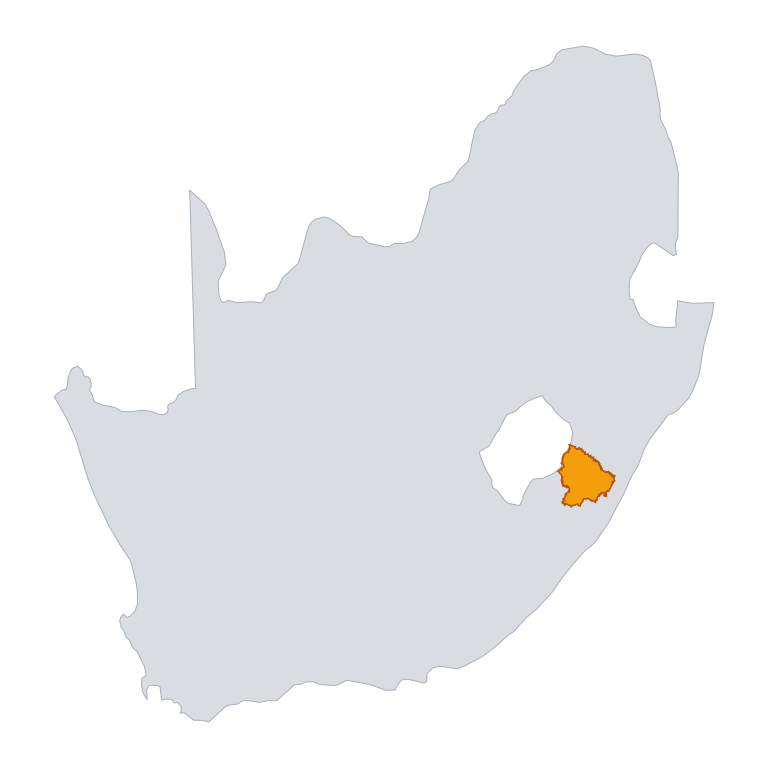 location of Sisonke, KwaZulu-Natal, South Africa
{"feature_id": "47623444B12889843225205", "entity_name": "Sisonke", "entity_type": "district", "adm_level": 2, "iso_a3": "ZAF", "parent_name": "South Africa", "parent_adm1": "KwaZulu-Natal", "projection": "equal_earth", "projection_center": [29.721, -30.084], "detail": "fine", "context": "in_parent", "style": "filled", "palette": "amber", "viewbox_px": 768, "rotation_deg": 0, "n_neighbors": 0, "source": "geoboundaries", "source_scale": "gbopen_adm2", "svg_char_len": 9519}
<svg xmlns="http://www.w3.org/2000/svg" viewBox="0 0 768 768"><path d="M561.8,49.8L583.7,46.1L593.5,48.2L605.3,54.1L616.4,56.1L635.1,54.0L641.6,55.0L646.6,57.0L650.3,60.2L655.6,83.4L660.1,108.4L660.0,116.4L660.6,119.5L665.9,130.0L667.8,136.6L670.9,141.9L677.6,168.4L678.3,173.0L677.9,236.7L675.2,244.4L676.3,254.4L673.1,255.7L654.7,242.9L651.5,243.4L646.3,248.2L641.4,255.6L639.2,262.0L629.8,279.1L629.1,289.9L629.9,299.2L633.0,299.5L635.2,306.2L640.2,316.8L648.6,323.6L656.5,326.7L667.5,327.5L676.2,327.2L675.7,320.1L677.8,300.9L692.3,303.3L713.8,302.6L712.2,315.1L704.2,343.5L699.0,375.3L692.4,391.3L688.8,397.9L678.4,409.5L672.9,413.4L668.4,414.7L650.5,438.3L643.9,449.6L637.9,466.1L632.1,475.1L623.5,494.4L608.5,522.7L595.9,541.3L590.4,546.7L586.6,549.1L576.6,559.9L562.6,577.1L552.0,592.4L536.0,609.7L526.8,617.2L513.0,632.1L509.2,634.3L493.7,648.1L482.5,656.4L464.5,666.1L457.3,668.8L440.1,666.3L432.9,667.7L427.0,673.5L426.6,681.9L424.1,683.1L408.3,679.3L401.8,679.9L398.0,684.4L395.1,690.0L386.1,690.3L369.8,684.5L350.8,680.9L346.4,680.5L337.3,684.9L334.1,685.5L320.7,684.6L313.2,681.8L306.1,681.8L300.8,684.1L294.2,684.9L276.9,700.6L267.7,700.6L259.8,702.4L245.7,700.3L241.6,701.3L237.5,704.1L228.0,705.3L224.3,707.6L208.8,721.9L202.1,720.4L193.7,720.2L183.9,712.6L180.3,713.1L181.2,710.8L181.3,706.8L177.8,702.6L174.1,702.9L171.9,699.4L166.2,699.1L161.6,700.1L160.1,686.9L157.8,685.6L152.1,685.3L149.3,685.7L148.1,687.0L146.7,690.0L147.1,699.3L145.0,696.6L142.5,691.1L141.5,685.1L142.0,678.1L146.2,675.5L144.5,666.6L137.1,651.3L132.9,648.0L129.3,640.1L126.0,637.2L124.4,631.7L121.1,627.3L119.7,620.3L121.2,616.3L123.9,614.1L126.8,617.5L130.3,616.2L135.0,611.1L137.6,603.4L137.3,591.1L136.2,583.4L131.4,563.4L129.3,558.8L119.8,544.5L108.7,525.3L94.3,494.9L87.2,476.6L76.1,439.6L66.8,418.6L55.6,398.9L54.2,397.6L55.7,395.3L61.1,390.7L63.5,389.5L64.9,390.0L66.2,388.8L67.3,385.7L67.9,378.7L70.3,371.4L72.5,368.3L77.3,366.2L81.2,369.0L82.8,371.7L83.6,375.2L85.4,376.9L88.0,376.8L90.0,379.0L91.2,383.5L91.1,386.7L89.7,388.8L90.0,391.4L92.1,394.7L94.5,402.0L104.7,405.7L110.4,406.2L115.8,408.0L121.0,411.2L129.4,412.0L140.9,410.4L150.5,411.1L158.1,414.2L163.5,414.8L166.8,412.8L168.2,410.0L167.6,406.2L169.2,403.8L173.0,402.8L175.9,400.0L178.0,395.3L183.2,391.6L191.4,388.6L195.5,388.7L189.7,190.2L204.9,204.0L208.5,210.4L216.3,229.1L224.3,252.1L225.8,263.2L225.6,265.6L218.4,280.7L218.3,288.1L219.4,296.8L221.3,301.2L223.5,302.6L228.7,300.4L236.9,302.7L252.4,301.7L260.1,302.9L262.0,302.2L263.8,300.3L265.7,295.1L267.4,293.4L274.6,291.1L277.7,288.1L282.6,277.7L297.7,263.9L299.3,260.5L308.3,227.3L311.2,222.5L315.4,219.4L323.9,216.9L328.9,218.2L334.3,221.1L340.5,226.0L349.7,235.0L352.8,236.4L361.8,236.8L367.5,242.7L384.5,246.8L389.4,246.6L394.6,243.3L403.3,243.5L412.6,241.2L418.2,235.3L428.7,198.8L429.8,190.8L431.0,188.6L439.9,184.5L450.7,181.3L452.9,179.6L459.6,169.4L468.4,161.0L474.4,131.6L478.3,124.7L480.8,121.8L482.4,121.7L484.7,119.9L487.6,116.3L491.1,114.1L495.2,113.2L497.8,110.8L499.0,106.9L501.0,105.0L504.0,105.1L505.7,103.8L506.1,101.2L512.8,94.9L512.9,92.3L516.7,86.1L524.1,76.2L531.1,70.7L537.7,69.6L549.9,64.5L554.2,59.8L557.0,53.4L561.8,49.8ZM542.8,478.2L553.4,473.4L561.2,467.0L563.0,455.4L569.0,448.3L571.2,441.7L572.8,432.5L569.3,422.9L564.3,420.1L555.3,411.8L551.4,406.1L546.0,401.4L542.2,395.7L536.0,397.6L526.4,402.1L520.5,406.3L515.6,411.3L506.6,414.9L498.4,430.7L495.6,434.2L489.2,445.8L479.8,451.4L479.6,453.5L482.8,462.9L487.2,472.2L491.9,479.8L491.7,484.5L493.3,488.1L497.4,490.6L504.4,500.1L507.9,503.2L518.4,505.4L520.0,504.8L522.8,499.2L523.2,495.2L530.1,482.9L533.2,479.2L542.8,478.2Z" fill="#d9dde1" stroke="#a8b0b8" stroke-width="1"/><path d="M580.1,506.1L580.7,504.1L582.9,501.1L583.1,500.5L583.1,499.3L583.3,499.1L584.0,498.9L585.0,498.9L585.4,499.0L585.6,498.7L586.2,498.5L586.3,498.8L586.8,498.8L587.7,498.5L588.5,498.4L588.7,498.8L589.0,498.8L589.7,499.7L590.0,499.6L590.6,500.1L591.4,500.2L591.5,501.0L592.0,500.9L592.9,501.1L594.0,500.5L595.1,502.3L595.3,502.4L595.3,501.3L595.7,501.0L595.8,500.6L596.2,500.7L596.9,500.1L597.0,499.8L596.7,499.4L597.2,499.0L597.0,498.6L597.2,497.5L597.5,497.0L598.0,496.4L599.4,496.1L599.2,495.8L599.2,495.4L598.7,494.7L598.8,494.3L599.0,494.2L599.2,494.3L599.2,494.5L599.5,494.7L599.5,495.0L600.1,495.1L600.3,494.8L600.4,494.2L601.1,493.4L601.4,493.5L601.6,493.9L601.8,493.9L601.9,493.2L601.7,492.7L604.0,492.7L604.0,493.0L604.2,493.4L604.4,493.4L604.3,493.7L604.6,494.5L604.3,494.4L604.2,494.6L604.5,494.7L604.4,494.9L604.0,495.2L604.2,495.6L604.7,495.6L604.8,495.7L604.6,496.0L604.8,496.0L605.2,496.3L605.9,496.4L606.0,496.6L606.0,496.4L606.2,496.5L606.6,496.2L606.5,495.6L606.3,495.7L606.1,495.5L606.2,495.1L606.2,494.9L605.9,494.4L606.1,494.2L605.9,493.8L606.0,493.2L606.4,492.9L606.5,492.4L606.3,491.9L606.1,492.0L606.0,491.8L606.9,491.0L607.1,491.1L607.4,490.5L608.4,491.2L608.8,491.3L609.2,490.0L609.4,490.0L610.7,487.4L611.7,484.5L612.3,484.6L612.2,483.1L612.6,482.0L612.9,482.3L613.0,482.1L613.2,482.6L613.7,481.9L613.6,481.4L614.2,481.3L614.3,480.9L614.4,481.1L614.7,480.8L614.7,480.5L614.2,480.1L613.7,478.9L614.9,475.8L614.7,475.7L614.5,476.2L614.3,476.3L614.2,475.5L614.0,475.4L613.9,476.5L613.4,476.2L612.9,476.8L612.5,476.3L612.0,476.2L612.4,475.9L612.4,475.5L611.9,475.1L611.4,475.1L611.7,474.6L611.3,474.6L611.2,474.5L611.3,473.9L611.3,473.4L611.0,473.3L611.0,473.8L610.7,473.9L610.4,473.2L610.2,473.0L610.0,473.6L609.8,473.8L609.8,473.2L609.5,473.0L609.6,472.4L609.2,472.1L608.6,472.3L608.4,471.6L608.0,471.7L608.2,472.2L608.1,472.5L607.6,471.9L607.2,472.1L606.8,471.8L606.5,472.0L606.0,471.9L605.6,472.3L605.0,472.0L604.7,471.5L603.7,471.3L603.6,470.7L603.1,470.4L602.5,470.3L602.1,470.4L601.5,470.1L601.2,469.8L601.7,469.6L601.7,469.3L601.6,469.1L601.9,468.6L601.3,468.5L601.3,468.2L601.0,468.6L600.7,468.6L600.6,468.3L600.8,467.9L600.5,467.4L600.7,467.0L601.1,466.8L601.2,466.6L600.7,466.2L600.3,466.4L599.9,466.2L599.9,465.8L599.6,465.9L599.6,465.5L599.8,465.2L599.7,464.6L599.9,464.2L599.8,463.9L599.7,463.9L599.6,464.2L599.4,464.4L598.6,464.3L598.6,463.2L599.1,462.6L599.0,462.3L597.6,461.0L597.5,461.3L597.3,461.4L596.9,461.0L596.8,461.6L596.5,461.3L596.5,461.6L596.2,461.6L595.9,461.4L595.8,461.2L595.6,461.3L595.3,460.5L595.5,459.8L595.4,459.7L594.8,460.8L594.3,461.0L593.9,460.6L593.5,460.5L593.3,460.3L593.3,460.0L593.7,459.6L593.5,459.2L593.8,459.4L593.9,459.1L593.7,458.9L593.3,458.4L593.7,458.1L593.6,457.5L592.9,458.1L592.5,457.3L592.3,457.3L592.3,457.8L592.1,457.8L592.1,457.5L591.7,457.2L591.5,457.4L590.7,457.3L590.8,456.8L590.7,456.4L590.1,455.9L590.3,455.6L589.6,455.8L589.1,455.7L588.7,456.2L588.6,455.5L588.1,455.1L588.3,454.7L588.3,454.4L587.8,454.3L587.7,454.0L586.3,454.2L584.7,454.1L585.3,452.8L585.3,452.0L582.7,451.8L583.1,450.6L583.0,450.4L582.7,450.4L582.6,450.6L582.4,450.6L582.5,450.4L582.4,450.4L582.2,450.7L581.9,450.7L582.2,449.9L581.3,449.2L581.4,448.7L580.3,449.2L580.1,448.8L579.8,448.7L579.5,448.0L579.0,448.6L578.6,448.1L578.4,448.1L577.9,448.3L578.3,448.6L578.3,448.8L578.0,448.8L577.0,449.4L576.2,448.9L576.3,448.6L575.2,447.9L575.4,447.0L574.7,447.3L574.5,446.7L574.1,446.6L573.4,446.3L573.2,446.1L572.6,446.1L572.0,445.6L571.8,445.7L569.6,444.6L569.2,444.7L569.5,445.3L569.5,445.6L569.2,445.8L569.0,445.7L569.8,446.7L569.7,447.2L569.5,447.4L569.5,447.6L569.8,447.9L570.2,448.5L569.9,449.2L568.7,449.2L569.0,450.5L568.9,450.9L568.6,451.2L568.7,451.5L568.6,452.3L568.4,452.5L567.8,452.1L566.9,452.3L566.7,452.2L566.4,452.5L566.0,452.6L565.6,453.3L565.3,453.3L564.9,453.8L564.6,453.7L564.3,454.2L563.8,454.2L563.7,454.5L563.8,454.8L563.6,455.5L563.7,455.8L563.3,455.8L563.1,456.3L563.3,457.2L563.1,457.6L562.7,457.5L562.9,458.1L562.9,458.5L562.6,458.6L562.7,458.9L562.2,459.0L562.5,459.3L562.2,461.1L562.6,461.5L562.6,462.1L562.4,462.4L562.0,462.5L561.8,462.9L561.4,463.1L561.3,463.3L561.8,463.6L562.8,463.9L563.1,464.3L563.0,464.8L563.2,465.2L563.8,465.2L563.8,465.7L563.6,466.3L564.0,466.7L564.1,466.9L563.5,467.4L562.3,467.6L561.9,468.0L561.7,468.0L561.4,469.1L561.5,469.6L560.7,468.8L560.0,469.9L559.4,470.4L558.7,470.6L558.5,471.2L558.3,471.3L558.1,471.2L557.9,471.4L559.1,472.0L560.0,473.7L560.9,474.4L561.6,475.5L561.8,476.5L562.0,476.7L562.1,476.9L561.9,476.8L561.9,477.2L562.1,477.2L561.9,477.4L562.1,477.8L562.0,478.0L561.9,478.4L562.1,478.7L562.0,478.9L562.2,479.0L562.1,479.4L561.7,479.5L562.1,479.9L561.9,479.9L561.9,480.3L561.6,480.5L561.4,480.7L561.9,481.4L562.2,481.5L561.8,481.8L561.8,482.5L562.1,482.3L562.2,482.5L562.6,482.7L562.3,482.9L562.2,483.1L562.5,483.4L562.4,484.0L562.5,484.1L562.5,484.5L562.8,485.2L563.4,485.0L563.4,485.4L563.6,485.4L563.6,485.2L563.8,485.3L563.6,485.6L563.8,485.7L563.7,485.9L563.9,485.9L563.6,486.1L564.3,486.2L564.4,486.3L564.2,486.4L564.8,486.7L566.4,487.1L566.6,487.6L567.5,487.5L566.6,485.6L566.8,485.5L567.8,486.1L569.4,488.3L569.3,489.1L569.0,489.7L569.3,490.1L569.5,491.5L568.4,491.3L568.6,492.3L566.9,492.8L566.4,493.1L566.4,494.0L566.1,493.7L565.2,494.4L565.3,495.9L564.4,498.7L563.4,498.4L563.0,499.6L563.3,500.0L563.5,500.3L563.5,500.7L563.8,500.3L563.7,500.4L563.7,500.2L563.8,500.1L564.0,500.2L563.9,500.0L564.0,499.9L564.3,500.6L563.8,501.0L563.4,501.1L562.0,502.1L562.3,502.5L563.2,502.9L562.8,503.4L564.1,503.8L564.3,504.4L564.8,504.1L564.5,504.7L564.7,505.3L565.3,505.0L565.2,504.4L565.5,504.2L567.8,504.3L568.4,505.1L569.5,505.2L570.2,505.5L571.1,506.9L572.2,505.7L572.7,505.8L573.3,505.2L575.0,505.2L576.0,504.4L577.8,504.1L578.2,505.3L580.1,506.1Z" fill="#f59e0b" stroke="#b45309" stroke-width="1.5"/></svg>